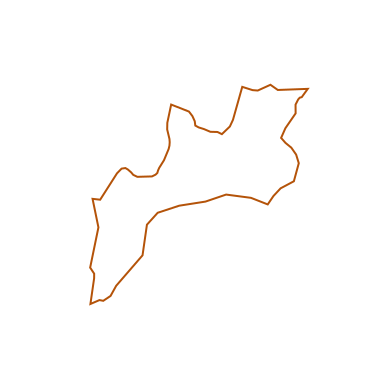 map outline of Litija (Natural Earth projection), rotated 302°
{"feature_id": "SVN-961", "entity_name": "Litija", "entity_type": "Municipality", "adm_level": 1, "iso_a3": "SVN", "parent_name": "Slovenia", "parent_adm1": "", "projection": "natural_earth1", "projection_center": [14.944, 46.051], "detail": "fine", "context": "isolated", "style": "outline", "palette": "amber", "viewbox_px": 384, "rotation_deg": 302, "n_neighbors": 0, "source": "natural_earth", "source_scale": "10m", "svg_char_len": 1010}
<svg xmlns="http://www.w3.org/2000/svg" viewBox="0 0 384 384"><g transform="rotate(302 192 192)"><path d="M133.5,111.3L136.8,118.2L168.1,118.5L174.5,119.9L177.0,122.8L177.1,125.7L176.4,130.0L175.4,133.1L175.9,137.6L184.0,149.8L187.4,151.9L189.8,152.5L192.2,151.8L195.1,151.4L204.1,151.4L216.1,149.4L219.4,148.3L222.4,146.7L225.0,144.8L231.9,137.8L237.6,134.4L255.1,128.0L258.6,146.8L256.6,152.1L253.5,156.8L250.1,159.6L250.3,163.4L251.7,168.8L252.8,175.7L256.4,181.8L256.9,186.7L267.6,189.4L274.9,188.5L307.8,178.9L310.5,189.4L312.9,194.0L324.5,201.7L324.0,210.7L340.8,235.5L330.6,234.8L329.1,233.4L326.8,233.0L321.0,233.5L313.6,238.2L295.6,237.4L285.1,238.9L283.2,245.2L282.2,252.8L278.9,260.5L273.0,267.3L255.1,272.7L242.1,265.2L231.8,263.2L221.6,262.8L218.3,245.1L207.9,222.3L191.0,208.5L173.6,188.4L156.2,173.9L140.4,171.1L112.1,183.6L72.3,177.4L60.7,178.0L52.7,174.4L51.3,170.8L43.2,165.2L67.0,154.7L70.9,152.3L73.9,145.7L112.4,131.4L133.5,111.3Z" fill="none" stroke="#b45309" stroke-width="2"/></g></svg>